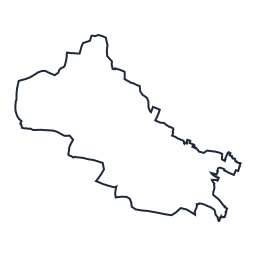 the district of Kota Kediri, Jawa Timur, Indonesia
{"feature_id": "22746128B79918158306090", "entity_name": "Kota Kediri", "entity_type": "district", "adm_level": 2, "iso_a3": "IDN", "parent_name": "Indonesia", "parent_adm1": "Jawa Timur", "projection": "albers", "projection_center": [112.028, -7.823], "detail": "fine", "context": "isolated", "style": "outline", "palette": "slate", "viewbox_px": 256, "rotation_deg": 0, "n_neighbors": 0, "source": "geoboundaries", "source_scale": "gbopen_adm2", "svg_char_len": 5678}
<svg xmlns="http://www.w3.org/2000/svg" viewBox="0 0 256 256"><path d="M98.5,35.0L95.1,36.1L93.7,35.8L91.6,35.7L91.4,35.9L89.9,40.8L83.1,43.0L81.6,46.2L79.6,53.6L71.9,53.1L70.5,53.1L69.3,52.9L68.5,52.8L67.7,52.6L67.0,52.6L66.8,53.9L66.7,56.8L66.5,58.1L66.2,59.7L65.9,61.3L65.5,62.9L65.2,64.1L64.8,65.5L64.3,66.3L63.7,67.0L62.7,67.5L61.7,67.9L60.7,68.5L59.9,69.2L59.3,70.1L58.7,71.5L58.4,72.6L54.7,75.2L49.0,72.8L45.3,70.9L41.7,71.0L37.9,72.5L33.4,75.4L29.9,77.4L26.3,78.8L18.7,80.9L17.1,88.3L16.6,92.5L16.5,97.2L16.4,100.1L16.1,100.6L15.7,101.6L15.7,102.7L15.5,104.2L15.4,105.6L15.4,107.5L15.4,109.0L15.5,110.4L15.7,111.3L16.0,112.6L16.5,114.0L16.9,115.2L17.2,116.0L17.3,116.1L17.5,116.5L18.0,117.5L18.3,117.9L18.8,118.5L18.9,118.8L21.4,121.0L21.5,121.3L21.2,121.6L20.6,122.5L20.3,123.7L20.4,123.9L20.6,123.9L21.1,124.0L21.3,124.9L21.7,126.3L21.8,127.0L21.9,127.7L23.8,128.2L24.6,128.3L25.5,128.3L26.7,128.3L27.3,128.5L28.4,128.8L28.8,128.8L29.6,128.7L30.3,128.6L30.6,128.6L32.1,129.6L32.7,129.8L33.3,129.9L34.3,130.0L34.9,129.9L35.5,130.0L36.5,130.0L37.3,129.9L38.4,129.9L40.3,129.8L41.8,129.9L42.9,129.9L43.9,130.1L45.8,130.1L47.7,130.3L49.9,130.4L51.9,130.5L54.3,130.9L55.6,131.3L57.2,131.9L60.9,133.9L63.2,135.2L63.9,135.5L64.4,135.7L65.1,135.9L65.8,135.9L69.6,135.6L73.1,139.8L70.7,144.1L69.3,147.3L69.2,148.4L69.0,149.9L68.7,152.1L68.5,153.1L68.3,154.4L68.3,154.7L68.5,154.9L69.0,155.2L69.5,155.5L70.8,156.0L71.4,156.2L71.9,156.5L72.4,156.8L72.7,157.2L72.9,157.4L73.0,157.4L73.2,157.5L73.5,157.5L73.9,157.3L74.8,156.8L76.7,157.2L83.1,157.9L87.7,159.1L93.8,160.1L102.7,162.9L104.0,169.5L101.1,174.3L97.6,179.2L96.0,181.1L98.7,182.2L100.6,183.0L103.2,184.1L103.8,184.3L106.2,185.0L108.3,185.7L109.8,186.1L113.4,187.1L114.6,187.2L115.1,187.1L116.3,186.6L116.2,186.9L115.4,191.2L115.2,193.8L115.7,197.4L121.3,196.7L126.8,196.9L129.9,198.9L131.3,203.1L131.7,206.7L135.7,209.4L141.4,210.4L147.9,211.0L155.0,212.2L160.0,213.2L165.4,214.3L171.5,215.2L175.7,212.6L180.7,208.1L186.0,209.3L187.7,210.1L194.8,214.5L195.1,214.7L195.0,213.4L194.5,213.2L194.5,212.8L195.1,211.2L195.1,210.9L196.4,207.8L196.8,206.6L196.9,205.6L196.9,205.2L196.7,204.2L197.8,204.2L198.5,204.2L199.1,203.9L199.2,203.4L201.5,203.7L202.9,204.1L204.8,204.7L206.7,205.7L208.2,206.3L210.7,207.3L212.0,208.1L214.5,209.9L215.7,214.9L217.8,217.3L217.8,218.5L218.7,220.9L219.2,221.0L219.3,220.5L219.9,219.2L220.7,217.4L220.4,217.3L220.8,216.7L220.8,216.8L222.1,217.2L223.0,217.2L223.1,216.9L223.7,217.2L224.7,217.0L226.2,212.2L225.7,211.9L226.3,210.7L226.6,209.9L226.7,209.6L227.1,208.6L225.8,207.8L224.7,207.2L224.9,206.6L225.0,206.4L224.3,205.9L223.2,205.4L222.3,203.8L222.0,203.3L221.4,202.7L219.1,199.8L217.8,198.6L215.2,196.5L213.2,194.9L213.2,193.5L213.4,191.6L214.0,190.0L214.5,187.1L214.3,186.3L214.2,186.0L214.0,185.1L214.0,184.8L214.3,184.2L214.4,183.8L214.3,183.5L213.1,182.3L212.9,181.8L212.6,181.2L212.0,180.2L211.9,179.8L216.4,180.0L217.5,180.7L218.1,179.5L218.3,178.8L218.8,177.8L217.6,177.2L217.1,177.5L214.6,176.1L213.0,174.9L212.5,174.4L212.3,174.1L211.6,173.6L211.2,173.0L211.9,173.2L213.5,173.6L214.8,173.9L216.5,174.6L216.6,174.2L217.2,173.0L217.9,171.5L217.2,171.0L218.1,168.4L219.6,167.6L221.0,167.9L223.3,168.8L224.3,169.3L224.4,169.6L224.2,170.0L224.2,170.3L224.5,170.7L225.4,170.9L227.3,171.9L228.5,172.6L229.1,172.9L230.8,173.6L232.0,174.1L232.9,174.5L233.9,174.9L234.8,172.8L235.4,171.4L235.5,171.1L235.9,170.2L238.2,170.9L238.6,169.6L239.7,165.7L239.9,165.8L240.0,165.3L240.6,163.2L239.7,163.0L239.3,163.0L238.9,163.1L236.9,162.3L236.6,162.1L236.7,161.5L235.3,161.1L235.4,160.3L235.2,160.0L235.2,159.8L235.2,159.2L234.9,158.9L234.7,158.6L234.2,158.7L233.8,158.6L233.0,158.6L232.6,158.1L232.7,157.7L231.9,157.4L231.8,156.7L231.9,156.1L231.0,155.9L230.8,155.8L229.7,155.3L230.5,153.2L229.4,152.5L228.6,152.2L228.2,152.8L227.8,153.7L227.5,153.5L226.6,155.4L225.9,157.2L225.2,158.8L224.9,159.4L225.4,159.6L224.8,161.0L221.9,159.3L222.2,153.9L219.5,152.7L215.1,151.6L206.9,150.6L203.9,152.9L199.0,151.6L196.3,148.1L195.6,147.6L195.3,148.2L195.0,148.0L194.4,147.8L193.8,147.4L192.9,147.0L192.4,146.8L192.8,145.7L194.2,145.9L194.4,145.5L194.0,145.3L194.1,144.9L193.4,144.5L189.5,142.9L190.3,140.9L189.0,140.3L187.4,139.8L186.9,140.8L187.0,141.4L187.2,142.0L186.9,143.5L185.0,142.6L184.4,143.8L184.3,143.7L184.1,143.5L184.0,143.3L183.9,142.8L183.8,142.3L183.8,141.9L183.9,141.5L183.5,140.9L183.4,140.7L183.2,140.6L182.7,140.4L181.7,140.0L180.2,139.4L179.1,138.9L178.2,138.6L177.4,138.3L176.5,137.5L175.9,137.2L174.9,136.7L172.1,135.6L173.1,133.1L173.1,132.6L172.6,131.8L173.4,129.3L173.2,128.8L173.2,128.7L173.0,128.4L172.9,128.2L172.6,128.1L172.3,127.9L171.8,127.7L170.5,127.1L170.2,127.0L169.8,126.8L169.5,126.8L169.1,126.8L168.9,126.6L168.7,126.4L168.5,126.2L168.2,126.1L167.8,125.9L167.4,125.6L166.8,125.2L166.2,124.7L165.9,124.6L165.6,124.4L165.4,124.1L165.2,123.9L164.1,123.1L163.7,122.9L163.0,122.9L162.1,122.9L160.7,122.6L160.3,122.5L159.5,122.3L158.4,121.8L157.5,121.4L156.5,121.0L156.0,120.8L155.3,120.4L155.7,119.5L156.1,118.9L156.7,117.5L156.9,117.1L157.4,116.1L157.6,115.5L158.0,114.6L158.4,113.7L159.3,111.0L159.6,110.2L159.8,109.7L158.1,109.0L153.0,106.9L152.6,108.0L151.9,109.8L151.6,110.6L151.5,110.9L151.3,111.4L151.1,112.1L150.1,111.4L148.5,107.5L148.4,101.6L147.0,97.9L142.5,94.7L140.3,91.5L139.7,86.0L137.9,85.5L133.6,83.4L132.8,83.2L131.8,83.0L130.5,82.5L129.2,81.6L127.6,80.8L124.6,79.1L124.7,77.8L124.7,73.8L124.7,72.7L124.6,71.7L120.4,70.0L120.3,69.9L115.6,68.5L115.2,68.4L115.1,69.2L114.7,69.2L113.5,69.1L112.6,69.0L112.4,67.4L111.7,65.3L111.9,61.4L107.2,56.0L106.8,50.3L107.5,45.5L105.8,37.7L102.4,36.1L98.5,35.0Z" fill="none" stroke="#1e293b" stroke-width="2"/></svg>